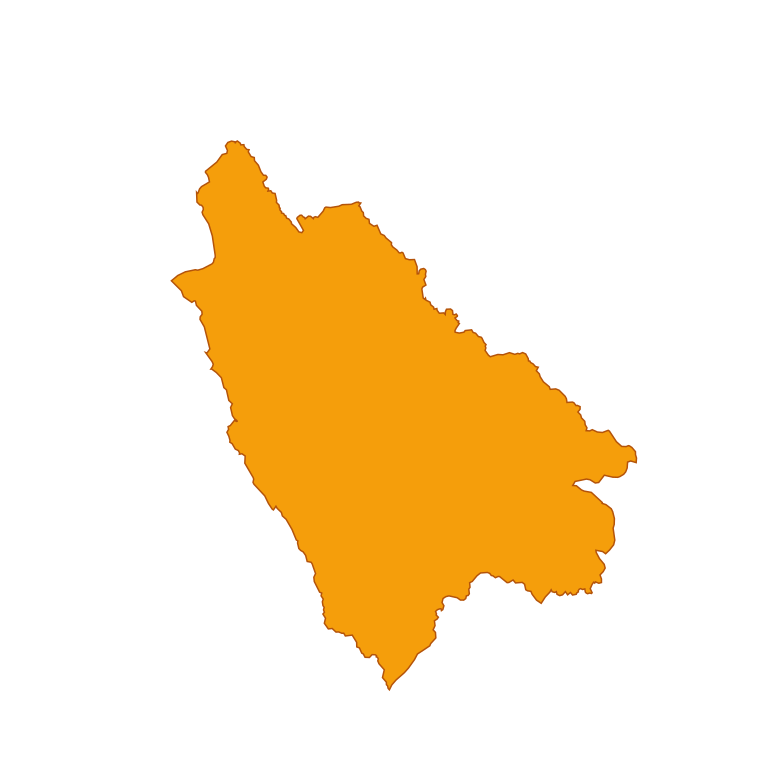 outline of Moramanga, Alaotra-Mangoro, Madagascar, rotated 328°
{"feature_id": "10022922B82658288648411", "entity_name": "Moramanga", "entity_type": "district", "adm_level": 2, "iso_a3": "MDG", "parent_name": "Madagascar", "parent_adm1": "Alaotra-Mangoro", "projection": "albers", "projection_center": [48.208, -18.729], "detail": "fine", "context": "isolated", "style": "filled", "palette": "amber", "viewbox_px": 768, "rotation_deg": 328, "n_neighbors": 0, "source": "geoboundaries", "source_scale": "gbopen_adm2", "svg_char_len": 6155}
<svg xmlns="http://www.w3.org/2000/svg" viewBox="0 0 768 768"><g transform="rotate(328 384 384)"><path d="M223.9,588.6L221.6,592.5L223.3,594.8L222.5,600.4L223.4,602.0L223.1,605.7L226.7,608.2L230.5,607.2L233.1,609.0L233.7,610.4L232.8,611.2L233.6,612.4L233.5,614.1L232.0,615.5L231.5,618.6L232.8,626.5L227.1,632.2L228.0,638.1L226.7,640.3L227.1,641.8L226.2,644.3L226.5,646.2L231.2,643.3L237.4,641.4L248.3,639.6L254.1,637.9L263.8,633.9L269.3,630.7L284.1,630.3L286.0,628.9L293.4,626.8L296.0,621.9L295.4,618.5L299.2,616.0L301.3,611.5L304.5,611.5L306.5,610.6L305.8,607.5L306.7,606.8L307.2,604.2L309.7,603.7L312.4,604.3L313.2,604.9L312.6,606.6L314.3,606.5L317.3,603.8L317.4,600.1L320.4,597.2L323.7,597.1L326.8,598.1L332.8,604.0L334.3,607.7L337.1,609.5L339.6,609.3L341.6,607.3L343.3,607.9L345.2,607.1L347.2,602.9L349.2,602.0L351.3,597.9L354.2,598.2L361.2,595.9L365.7,595.4L371.8,598.6L373.3,600.6L373.5,603.2L374.8,604.5L375.8,607.3L378.8,607.7L380.0,608.6L383.1,617.7L384.7,618.5L389.6,618.6L390.1,622.4L396.1,625.5L397.1,628.3L395.2,633.6L396.1,635.4L398.7,637.7L398.2,640.8L398.8,648.1L401.1,653.3L407.9,650.1L414.4,648.4L416.7,647.1L416.5,649.3L418.4,651.3L420.1,651.4L419.3,654.1L420.9,656.6L423.7,657.4L427.8,656.2L428.0,660.1L431.6,659.6L432.1,662.9L435.6,664.2L436.9,663.3L438.7,663.3L439.2,662.2L440.8,661.5L442.3,661.7L443.5,663.5L445.7,664.2L444.5,667.1L444.7,668.4L445.5,669.7L447.7,670.3L448.9,671.6L449.9,671.3L450.4,666.9L454.3,664.2L456.7,663.2L457.2,664.5L458.4,663.8L460.6,666.8L463.2,667.6L465.1,664.6L466.0,660.4L470.4,659.3L474.0,657.3L475.2,653.6L474.2,646.3L474.7,639.3L475.6,637.3L480.6,641.9L482.0,645.4L487.3,644.3L493.5,642.1L497.0,638.7L501.9,627.7L504.8,625.1L508.1,620.2L510.3,613.4L510.6,610.2L508.3,603.9L505.7,600.8L506.3,600.2L502.4,585.8L497.0,580.9L495.3,578.4L493.2,572.2L490.3,570.1L494.4,567.9L505.3,571.9L508.0,574.4L510.7,579.9L513.9,581.3L522.5,578.1L528.6,584.2L532.8,587.0L534.9,587.5L539.4,587.6L542.4,586.6L545.7,584.1L549.2,579.3L552.4,580.0L556.2,584.3L558.9,580.6L559.8,577.3L561.4,574.6L560.6,569.2L559.4,566.6L558.6,565.8L556.2,565.4L552.5,562.9L550.5,556.1L550.2,543.5L549.6,542.1L543.6,540.9L539.5,537.8L536.4,533.1L533.6,532.8L530.7,530.7L532.9,528.7L533.0,525.2L534.5,522.0L533.5,517.4L534.4,514.5L533.6,510.5L536.9,509.3L538.3,507.1L536.5,504.5L535.4,504.1L535.1,500.5L534.2,499.2L529.4,496.6L530.9,493.1L531.1,490.4L529.2,482.1L527.1,479.2L522.1,476.6L522.7,473.9L520.3,466.6L520.3,460.5L521.1,457.7L520.2,453.5L523.7,451.5L521.7,449.5L521.1,446.0L519.7,443.5L519.8,441.8L518.8,441.0L519.8,438.8L520.1,433.6L518.2,430.8L514.9,430.3L513.7,428.9L510.7,428.2L507.0,423.9L500.4,422.3L496.2,419.3L488.6,417.2L487.8,414.9L487.5,409.1L489.5,407.4L489.9,405.5L491.4,404.7L490.8,401.8L491.4,397.0L491.2,395.8L489.2,393.8L488.6,389.5L486.9,387.5L487.0,384.5L481.2,381.7L479.2,382.4L474.8,380.7L471.8,377.8L472.4,376.4L474.8,374.9L480.0,372.6L479.4,371.2L480.7,370.3L479.5,368.8L479.2,365.6L482.0,365.5L482.5,364.9L482.3,362.9L480.3,362.6L479.4,361.4L481.0,358.0L480.2,355.7L476.6,353.7L474.4,355.2L472.8,357.5L472.4,355.4L468.4,353.3L468.1,349.7L468.8,348.0L466.1,347.1L466.8,345.1L465.6,341.6L466.4,339.0L464.0,335.1L464.7,333.1L463.4,333.6L462.8,331.9L466.5,323.4L468.1,322.3L472.0,322.3L473.2,316.5L476.4,315.0L477.3,312.9L479.5,310.6L479.7,308.9L478.9,307.1L476.0,306.1L473.8,306.7L471.8,308.9L470.5,308.2L474.2,302.1L475.8,294.6L471.4,292.1L468.6,289.0L469.6,282.9L469.0,281.8L467.1,281.5L466.3,280.6L465.9,277.3L464.1,272.4L464.0,269.9L465.3,268.1L463.1,261.2L462.9,258.2L460.8,255.0L462.2,245.7L459.0,244.9L456.8,240.1L458.5,236.4L456.6,234.0L455.8,230.7L457.3,227.6L456.8,225.5L457.6,221.0L457.0,219.6L460.2,218.2L458.4,216.7L458.7,216.2L456.8,215.2L451.5,214.3L443.6,209.8L439.9,209.3L432.1,206.0L428.5,203.2L427.1,203.2L424.0,205.2L416.2,207.6L414.4,205.7L412.8,205.5L411.7,206.3L410.6,202.9L408.9,201.6L404.7,202.1L404.9,200.6L404.1,199.8L403.6,197.2L402.2,196.4L398.7,196.8L397.7,197.6L397.1,211.1L394.5,212.1L392.4,209.9L392.1,204.5L390.5,199.1L391.2,197.5L390.7,193.6L389.3,191.7L389.9,189.1L389.0,188.4L389.2,186.3L387.7,184.7L388.4,183.7L388.0,181.1L389.1,179.9L388.7,179.1L389.8,176.6L389.0,173.0L390.3,171.3L392.6,164.7L390.5,162.8L390.4,160.1L387.8,158.9L389.4,157.7L389.6,156.6L387.6,154.9L387.3,152.7L388.3,148.5L392.7,148.0L394.5,146.6L394.3,144.4L392.4,143.1L392.1,138.8L393.4,131.9L392.5,126.0L394.0,123.2L391.8,120.7L391.9,115.2L393.7,113.8L391.9,112.3L391.3,108.5L392.0,106.8L389.3,105.3L389.7,103.6L388.4,100.2L386.4,100.1L385.5,101.2L385.9,99.6L383.4,97.2L379.6,96.4L375.7,98.1L375.0,103.0L372.9,105.1L368.4,103.7L359.8,107.2L345.4,109.0L344.7,110.0L345.1,112.8L344.7,115.7L343.1,120.1L333.8,119.9L331.0,120.8L327.6,123.4L326.7,123.6L326.6,122.2L321.8,130.6L322.7,134.6L324.0,135.7L324.2,138.4L323.1,140.4L320.8,141.9L320.1,144.5L320.2,155.3L316.9,167.4L309.1,185.3L307.8,187.4L306.5,187.7L303.8,190.4L301.7,191.0L291.5,190.2L286.4,188.8L284.5,187.1L275.0,183.6L266.6,182.7L258.4,183.8L261.6,197.5L260.3,203.7L264.3,212.9L267.2,212.9L268.0,213.8L266.6,217.9L268.1,225.7L266.7,228.5L263.8,229.6L262.2,231.7L261.9,240.3L254.9,262.0L250.3,263.9L249.4,262.8L250.1,273.8L249.7,276.7L247.8,278.4L245.1,279.6L245.8,280.0L247.9,285.4L249.4,292.5L246.3,302.2L247.3,305.4L243.7,315.7L244.9,320.4L241.4,322.7L238.7,330.5L238.8,334.1L239.9,337.1L239.6,337.8L239.1,337.6L237.9,335.6L231.6,337.8L229.2,337.5L228.2,340.1L225.2,341.7L224.7,346.2L223.5,350.2L222.4,351.6L223.6,354.1L223.4,360.4L225.2,363.3L225.0,365.9L224.1,366.9L226.6,367.9L228.1,371.5L224.0,377.4L223.5,393.9L223.1,395.6L220.8,398.0L220.6,400.1L223.6,415.7L222.7,424.1L222.9,430.9L223.5,432.2L227.6,430.4L227.5,432.8L228.9,438.5L227.9,442.0L229.3,446.9L228.9,458.6L227.0,469.8L227.8,471.4L226.4,473.1L224.6,478.4L225.1,480.9L226.5,483.6L226.7,487.9L224.8,493.8L227.7,496.5L227.8,498.3L225.5,508.5L222.1,510.7L220.2,514.6L219.1,526.4L220.4,528.3L218.4,530.3L218.5,534.2L216.3,536.0L214.8,539.6L214.9,541.7L213.0,543.5L212.5,546.0L210.3,546.7L210.3,551.6L206.6,555.3L207.0,562.2L210.5,563.9L211.8,568.9L214.2,570.3L216.2,573.1L217.8,574.0L217.7,577.2L224.0,580.1L223.9,588.6Z" fill="#f59e0b" stroke="#b45309" stroke-width="1.5"/></g></svg>